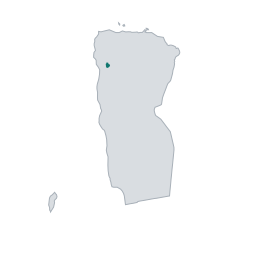 location of Rassd, Abyan, Yemen, rotated 105°
{"feature_id": "15242507B3487968340126", "entity_name": "Rassd", "entity_type": "district", "adm_level": 2, "iso_a3": "YEM", "parent_name": "Yemen", "parent_adm1": "Abyan", "projection": "orthographic", "projection_center": [45.274, 13.725], "detail": "fine", "context": "in_parent", "style": "filled", "palette": "teal", "viewbox_px": 256, "rotation_deg": 105, "n_neighbors": 0, "source": "geoboundaries", "source_scale": "gbopen_adm2", "svg_char_len": 3448}
<svg xmlns="http://www.w3.org/2000/svg" viewBox="0 0 256 256"><g transform="rotate(105 128 128)"><path d="M202.7,110.6L194.5,114.0L192.3,115.4L190.4,117.2L189.0,119.3L188.0,123.1L188.9,126.5L188.9,128.3L186.8,129.6L184.8,130.5L182.6,131.9L181.2,132.3L180.1,133.4L178.9,134.2L174.2,136.2L169.1,137.8L161.0,139.8L157.9,141.8L155.0,143.2L150.6,143.7L144.7,145.6L141.3,147.2L137.2,149.6L136.3,150.4L135.6,152.2L134.4,153.7L131.9,156.3L130.0,157.6L128.8,157.7L126.3,158.4L123.4,158.6L118.6,157.8L117.3,158.4L116.3,159.4L112.6,161.1L108.8,164.6L106.0,165.5L101.5,166.6L98.3,168.1L96.2,168.7L93.5,169.0L88.4,168.9L83.6,169.4L79.1,170.4L77.1,172.2L74.7,175.1L70.8,176.3L69.8,177.4L68.6,179.5L66.1,180.1L63.8,180.4L61.5,179.5L57.1,182.0L55.4,182.5L52.9,182.5L51.1,183.1L49.8,182.9L48.2,181.9L44.8,180.7L42.3,181.4L42.1,179.0L38.0,171.5L38.9,165.0L38.9,164.1L38.1,161.2L35.7,158.5L35.8,155.1L35.0,152.7L34.4,150.3L34.6,149.6L34.6,149.0L33.4,145.2L33.0,144.4L32.9,143.6L33.3,143.0L33.3,142.3L32.6,141.1L32.0,138.9L28.6,137.1L29.3,135.5L30.0,136.1L30.8,136.6L31.0,135.5L31.1,134.7L29.7,129.8L31.9,123.2L31.3,117.3L34.4,114.9L35.2,114.2L35.7,113.6L36.4,112.3L37.4,111.8L37.8,110.4L37.8,109.7L37.1,109.1L36.7,107.4L36.8,105.3L37.0,104.5L37.4,102.9L38.5,102.3L38.7,101.8L37.9,100.8L38.0,100.2L39.9,98.5L40.6,98.0L41.8,97.5L42.7,97.5L43.8,97.8L44.8,98.3L45.7,99.2L46.7,100.1L48.2,100.5L49.2,100.4L50.1,100.9L50.8,100.6L51.6,100.1L52.9,100.2L54.0,99.6L57.3,99.3L60.5,99.5L63.9,99.1L67.2,99.1L70.5,99.1L71.3,99.2L72.0,99.5L74.8,101.0L77.0,101.3L81.3,101.7L85.9,102.2L89.9,102.5L93.3,102.1L96.1,101.8L96.8,101.9L97.7,102.8L99.4,105.1L101.0,107.3L103.8,107.4L105.6,106.6L107.6,105.4L108.8,104.5L110.1,100.9L111.0,98.6L113.0,96.0L114.7,93.8L117.0,90.9L118.2,89.3L120.6,86.2L123.0,84.9L127.5,82.5L132.0,80.1L134.9,78.6L137.3,77.9L141.5,77.2L146.4,76.4L151.2,75.6L156.4,74.8L162.2,73.8L166.1,73.2L171.2,72.3L175.4,71.6L179.1,71.0L182.9,70.3L183.7,72.1L184.5,73.8L185.3,75.5L186.1,77.2L186.9,78.9L187.7,80.6L188.5,82.3L189.2,84.1L190.0,85.8L190.8,87.5L191.6,89.2L192.4,90.9L193.2,92.6L194.0,94.3L194.8,96.1L195.6,97.8L196.4,99.4L197.6,100.0L198.4,101.6L199.5,103.8L200.5,106.1L201.6,108.3L202.7,110.6ZM216.5,180.1L217.6,180.3L219.1,179.6L223.7,179.4L229.2,181.1L228.2,181.6L227.6,182.4L225.2,183.1L222.9,184.7L216.0,185.7L213.9,185.3L212.2,183.9L209.1,182.2L210.3,180.9L210.5,180.4L210.9,179.8L212.7,178.8L214.4,178.9L216.5,180.1ZM30.6,159.1L30.4,159.5L30.0,159.4L29.0,158.5L30.2,157.5L30.8,158.4L30.6,159.1ZM27.5,135.9L27.0,136.3L26.8,135.6L27.2,134.1L27.8,133.6L28.1,134.8L27.9,135.4L27.5,135.9ZM30.0,163.8L28.9,164.3L29.7,162.9L30.4,162.7L30.7,162.7L30.0,163.8Z" fill="#d9dde1" stroke="#a8b0b8" stroke-width="1"/><path d="M73.0,162.4L72.9,162.4L72.7,162.4L72.4,162.3L72.2,162.4L72.2,162.5L72.0,162.8L72.0,163.0L72.2,163.3L72.2,163.5L72.3,163.6L72.3,163.8L72.2,163.9L72.1,164.0L71.9,164.0L71.7,164.0L71.4,164.1L71.2,164.2L71.1,164.3L70.9,164.4L70.9,164.5L71.0,164.6L70.9,164.6L70.9,164.8L71.0,164.9L71.0,165.0L71.3,165.0L71.4,164.9L71.5,164.9L71.8,164.7L72.0,164.6L72.3,164.5L72.2,164.7L72.1,164.8L72.3,164.8L72.5,164.8L72.5,165.0L72.7,164.9L72.8,164.8L73.0,164.8L73.1,164.7L73.3,164.6L73.5,164.7L73.8,164.6L73.9,164.4L74.0,164.4L74.2,164.2L74.3,164.2L74.5,164.0L74.6,163.9L74.5,163.7L74.4,163.4L74.2,163.4L74.0,163.2L73.9,163.2L73.7,163.0L73.7,162.9L73.4,162.8L73.2,162.8L73.1,162.7L73.0,162.4L73.0,162.4Z" fill="#14b8a6" stroke="#0f766e" stroke-width="1.5"/></g></svg>